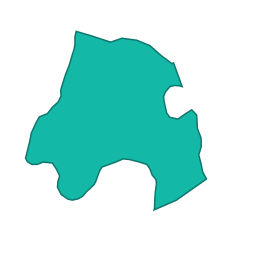 Shusha District, Şuşa, Azerbaijan (Albers equal-area conic projection), rotated 18°
{"feature_id": "54616110B49912296290484", "entity_name": "Shusha District", "entity_type": "district", "adm_level": 2, "iso_a3": "AZE", "parent_name": "Azerbaijan", "parent_adm1": "Şuşa", "projection": "albers", "projection_center": [46.676, 39.693], "detail": "fine", "context": "isolated", "style": "filled", "palette": "teal", "viewbox_px": 256, "rotation_deg": 18, "n_neighbors": 0, "source": "geoboundaries", "source_scale": "gbopen_adm2", "svg_char_len": 1118}
<svg xmlns="http://www.w3.org/2000/svg" viewBox="0 0 256 256"><g transform="rotate(18 128 128)"><path d="M166.7,71.9L151.2,52.0L149.9,53.2L137.4,49.0L123.4,42.9L109.3,41.8L94.5,44.5L85.0,51.7L65.3,51.7L48.9,52.1L49.3,57.6L51.6,64.4L52.4,69.9L52.4,77.2L52.7,85.6L52.1,96.2L52.1,105.1L52.3,112.8L54.5,118.4L53.5,125.0L49.8,131.3L46.9,139.2L40.3,144.8L38.9,151.4L37.6,162.8L38.6,170.2L39.9,188.3L42.6,191.1L47.7,192.4L53.0,190.6L57.9,186.6L66.9,184.7L72.7,189.3L77.8,194.7L77.9,200.5L79.2,206.1L85.0,211.9L92.8,214.2L97.3,213.8L102.3,210.9L106.1,206.7L108.2,201.4L110.2,198.0L113.3,192.2L113.9,188.5L114.0,182.2L114.4,176.8L115.4,173.1L122.5,167.6L126.6,164.4L132.9,158.9L139.2,157.5L148.6,156.9L157.3,156.9L161.2,159.9L165.6,165.3L170.7,168.5L172.4,172.7L173.8,180.6L175.4,187.0L178.1,196.5L178.1,197.8L196.3,181.7L218.4,152.2L212.6,146.7L208.5,139.4L203.6,131.7L203.4,123.0L200.5,114.8L194.2,107.1L189.3,94.5L183.0,91.0L178.5,96.4L172.7,104.1L164.5,104.9L160.3,101.9L157.0,96.5L153.7,90.8L152.1,86.9L152.5,82.0L155.1,75.7L159.5,73.0L164.6,71.9L166.7,71.9Z" fill="#14b8a6" stroke="#0f766e" stroke-width="1.5"/></g></svg>